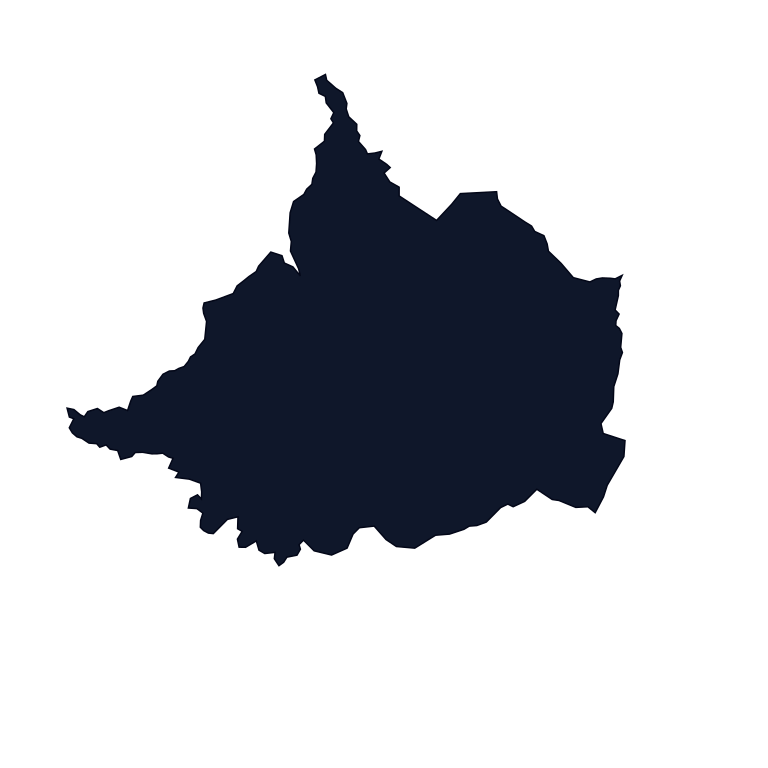 Unistalda, Rio Grande do Sul, Brazil, rotated 39°
{"feature_id": "56859067B40505313665308", "entity_name": "Unistalda", "entity_type": "district", "adm_level": 2, "iso_a3": "BRA", "parent_name": "Brazil", "parent_adm1": "Rio Grande do Sul", "projection": "mercator", "projection_center": [-55.195, -29.075], "detail": "fine", "context": "isolated", "style": "filled", "palette": "ink", "viewbox_px": 768, "rotation_deg": 39, "n_neighbors": 0, "source": "geoboundaries", "source_scale": "gbopen_adm2", "svg_char_len": 2750}
<svg xmlns="http://www.w3.org/2000/svg" viewBox="0 0 768 768"><g transform="rotate(39 384 384)"><path d="M143.7,180.3L138.9,191.2L145.3,194.8L150.5,199.0L157.4,197.4L162.2,201.9L174.2,204.7L175.8,211.3L180.4,212.9L180.8,227.3L184.9,232.8L182.1,245.1L187.1,248.6L192.9,255.1L197.8,262.1L199.2,269.0L202.3,274.2L201.3,281.2L202.4,287.1L198.9,299.1L203.3,310.0L215.0,326.6L222.3,331.6L227.6,339.5L245.2,348.2L251.0,352.7L239.5,350.3L230.4,352.7L224.0,348.5L213.0,352.7L212.4,371.3L213.9,377.0L211.4,385.5L210.0,392.2L208.1,400.1L209.9,408.6L200.3,424.8L193.2,434.2L195.5,438.9L199.4,442.6L206.7,447.0L216.6,462.1L216.6,472.6L218.2,479.6L216.6,484.7L217.7,489.6L217.7,496.2L214.8,500.9L213.0,505.4L209.0,509.0L206.1,515.5L206.5,524.2L208.6,528.4L207.0,534.5L203.9,544.2L196.6,551.8L197.9,556.6L201.4,566.0L192.8,568.7L186.8,578.1L184.3,582.6L176.7,583.4L171.2,591.8L171.7,598.1L167.3,599.1L159.1,599.0L152.9,602.2L160.3,607.7L164.8,606.2L167.0,616.1L172.6,618.1L178.6,618.3L183.3,616.4L191.9,615.6L198.3,611.2L202.9,612.0L206.4,606.2L212.1,607.0L218.9,603.3L226.9,608.3L233.6,599.1L233.8,593.8L239.5,588.9L247.5,584.4L251.7,580.9L255.6,577.0L262.5,576.3L266.8,574.5L269.6,584.9L280.1,581.5L280.8,587.8L292.5,580.5L303.9,576.5L310.2,582.6L314.5,588.3L308.8,587.5L305.6,594.8L310.0,603.5L317.0,598.6L324.5,598.3L327.3,605.4L331.4,610.9L336.1,611.4L341.3,610.4L345.5,607.7L347.5,587.8L354.1,579.1L361.3,588.6L366.5,587.8L367.7,596.8L374.1,602.0L379.2,598.0L383.5,586.3L391.4,591.8L398.0,590.8L405.3,583.4L408.7,588.8L416.7,591.3L418.2,585.7L417.5,579.7L424.1,571.8L423.0,565.0L419.1,562.3L419.7,556.0L434.7,557.6L450.9,549.9L458.6,534.8L454.4,520.1L455.3,511.2L465.8,500.6L483.5,503.6L495.9,502.5L511.2,492.2L519.2,469.1L529.4,459.4L537.6,446.6L539.7,440.8L545.2,435.6L550.4,426.9L552.4,406.7L555.8,399.4L561.6,398.1L567.2,386.7L569.0,369.6L587.4,367.9L593.3,364.4L610.7,359.2L619.7,351.1L629.1,351.1L625.6,333.6L621.2,322.2L616.1,289.4L606.9,276.3L585.5,284.5L577.5,278.2L576.3,259.6L573.4,253.6L564.2,241.4L559.4,228.9L552.0,216.9L549.5,209.5L544.9,206.6L537.1,195.0L531.9,192.7L527.3,192.7L524.5,188.8L522.7,181.7L517.0,181.0L510.5,167.8L507.2,163.7L505.9,158.9L502.3,155.7L500.7,149.7L497.5,156.8L493.6,159.2L486.9,164.2L482.8,168.8L479.8,175.1L464.2,182.2L445.7,178.8L428.2,177.3L422.7,172.5L415.0,168.1L405.1,170.6L399.3,168.4L391.4,169.4L367.5,171.6L363.1,172.1L355.7,168.8L350.5,163.7L323.5,188.0L323.5,201.7L321.9,223.8L277.4,228.3L271.9,221.5L261.3,223.3L251.3,220.0L252.6,211.9L248.0,211.6L238.4,212.4L235.9,204.5L231.5,210.3L226.3,215.6L222.1,213.4L211.5,211.6L208.9,206.1L203.5,204.5L199.4,199.3L188.4,198.5L181.5,194.0L178.6,189.3L168.6,183.6L160.3,184.5L148.3,184.0L143.7,180.3Z" fill="#0f172a" stroke="#020617" stroke-width="1.5"/></g></svg>